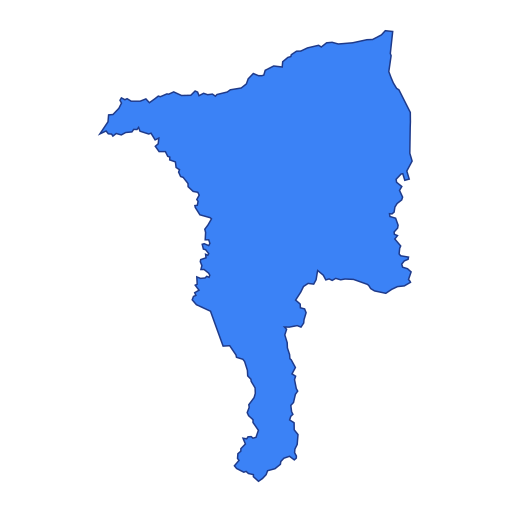 Ciales, Puerto Rico (Mercator projection)
{"feature_id": "32010507B34283188720428", "entity_name": "Ciales", "entity_type": "district", "adm_level": 2, "iso_a3": "PRI", "parent_name": "Puerto Rico", "parent_adm1": "", "projection": "mercator", "projection_center": [-66.527, 18.264], "detail": "fine", "context": "isolated", "style": "filled", "palette": "blue", "viewbox_px": 512, "rotation_deg": 0, "n_neighbors": 0, "source": "geoboundaries", "source_scale": "gbopen_adm2", "svg_char_len": 3710}
<svg xmlns="http://www.w3.org/2000/svg" viewBox="0 0 512 512"><path d="M108.0,121.8L99.9,133.9L106.1,131.0L108.3,133.8L111.6,134.1L112.9,136.1L116.2,133.5L121.3,134.9L125.7,132.5L131.9,131.9L133.7,129.4L137.0,129.5L138.6,127.4L140.0,131.2L148.7,134.0L151.0,133.2L155.1,139.9L158.8,138.1L158.2,143.8L155.3,146.3L159.1,151.6L165.4,151.6L167.7,156.3L169.8,157.1L169.7,159.9L175.4,161.9L176.1,167.5L179.5,169.7L178.6,172.1L180.6,176.5L183.2,177.4L188.0,183.5L188.1,186.7L193.1,191.4L197.8,192.3L199.2,195.1L196.8,199.5L198.1,201.4L197.3,205.3L194.9,205.6L195.3,207.5L199.9,214.8L210.2,217.7L211.5,218.9L207.9,225.1L204.8,229.2L205.6,232.5L205.2,239.8L208.7,239.8L209.9,243.4L208.7,245.6L204.2,243.7L202.2,244.3L203.4,249.1L205.6,249.7L208.7,253.6L207.8,255.3L205.6,254.3L206.0,257.8L200.7,259.6L200.3,261.7L201.9,265.6L200.9,269.5L204.1,269.5L208.6,273.1L209.8,275.2L209.0,277.3L206.8,276.3L205.0,278.0L200.5,278.4L196.8,276.9L197.2,284.2L195.2,285.2L199.0,290.2L194.7,292.7L195.9,295.4L193.5,296.4L192.2,299.8L196.4,304.7L210.5,311.2L215.6,325.4L223.1,346.1L229.7,345.7L236.0,355.0L236.5,357.3L242.9,359.3L244.6,361.5L247.4,370.3L247.7,375.9L250.9,379.2L251.2,381.4L255.1,387.9L255.3,393.4L254.1,397.6L248.8,404.7L249.2,407.3L247.2,412.6L248.6,415.7L253.0,419.7L253.0,422.5L258.4,430.3L256.0,437.3L252.9,438.2L251.2,436.6L248.0,436.8L246.7,438.8L243.0,438.2L245.4,444.0L240.9,448.6L240.8,451.2L237.9,453.7L237.5,458.4L239.0,460.4L234.4,465.8L236.6,468.5L243.8,472.2L246.1,471.4L248.4,473.5L253.4,474.6L253.4,476.7L258.5,481.3L262.6,478.4L266.1,474.7L267.6,470.7L275.0,468.7L280.4,464.3L280.8,461.5L283.9,458.2L289.5,456.3L294.3,459.9L296.3,458.1L296.4,456.0L294.6,452.7L294.9,449.1L297.2,444.4L298.0,434.6L294.2,429.8L294.1,422.8L289.6,419.9L290.8,416.3L292.9,414.3L291.6,411.8L290.8,405.4L293.5,402.5L295.4,394.3L297.7,391.1L296.3,388.6L294.5,379.6L295.6,376.2L292.0,373.9L295.4,367.5L291.2,359.8L289.9,358.7L289.6,354.6L287.4,347.9L287.2,342.7L284.8,334.9L286.6,329.3L284.5,327.0L289.3,327.1L297.2,325.6L301.0,327.1L303.7,323.0L304.0,319.7L306.1,312.7L304.6,308.9L300.4,307.8L300.2,304.1L295.6,300.1L300.7,292.2L303.5,286.5L308.1,283.4L313.7,284.1L316.1,279.7L317.4,271.7L317.7,270.5L323.3,275.2L325.8,279.9L329.1,278.9L332.2,280.4L335.7,278.4L340.7,279.8L345.0,279.0L353.5,279.4L367.5,284.4L368.9,285.7L370.7,288.6L374.5,290.9L385.8,293.3L391.8,289.3L397.5,286.6L404.3,285.9L410.5,282.3L409.9,281.1L408.5,279.5L411.1,271.9L407.5,268.7L402.6,267.2L401.7,264.1L404.3,260.9L408.1,259.3L408.5,257.1L400.7,255.8L399.1,253.9L399.7,248.2L400.7,246.0L394.8,239.0L397.5,235.6L394.4,234.3L394.1,232.0L397.6,228.1L398.1,225.2L395.6,218.2L389.9,216.5L389.5,213.7L392.0,213.9L394.1,212.1L394.9,207.1L397.1,203.5L401.7,199.9L402.6,197.1L399.5,190.4L400.5,188.7L401.8,186.5L396.6,182.3L396.1,179.3L401.1,174.0L402.8,173.7L404.8,180.3L409.2,179.1L406.8,171.0L412.1,161.1L411.3,158.3L409.8,153.3L410.2,127.4L410.4,121.9L410.3,112.4L398.9,89.8L396.6,88.4L393.3,82.9L391.0,77.5L388.8,71.6L391.1,55.7L390.3,53.5L392.7,31.5L385.3,30.7L381.4,34.9L372.6,39.5L367.0,39.7L352.6,42.8L338.3,44.0L332.1,42.3L326.6,42.8L321.3,47.0L318.6,45.3L307.5,47.9L300.7,51.1L296.5,51.2L291.3,54.7L290.8,56.6L287.9,57.4L282.7,61.7L282.2,67.0L273.7,66.0L265.2,70.3L263.8,75.1L261.9,75.7L258.5,75.7L253.3,73.5L248.2,78.8L246.4,83.9L241.2,88.0L230.3,89.8L227.3,92.0L217.0,94.5L215.4,96.2L212.4,94.1L207.6,94.7L203.6,93.3L199.0,95.7L197.6,92.1L195.1,91.0L190.8,95.3L181.5,95.5L173.7,91.9L168.7,94.2L166.9,93.9L160.4,96.7L158.3,96.1L154.7,98.9L149.4,102.7L145.9,98.9L140.1,101.2L131.2,101.2L127.1,98.7L124.9,99.7L121.4,97.9L120.0,100.3L121.5,103.1L118.9,108.3L113.0,114.5L108.6,114.9L108.0,121.8Z" fill="#3b82f6" stroke="#1e3a8a" stroke-width="1.5"/></svg>